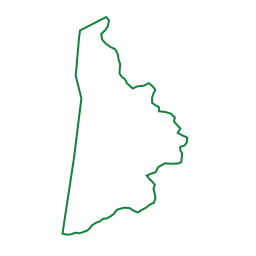 Conceição do Jacuípe, Bahia, Brazil, rotated 93°
{"feature_id": "56859067B72912801281575", "entity_name": "Conceição do Jacuípe", "entity_type": "district", "adm_level": 2, "iso_a3": "BRA", "parent_name": "Brazil", "parent_adm1": "Bahia", "projection": "robinson", "projection_center": [-38.743, -12.327], "detail": "fine", "context": "isolated", "style": "outline", "palette": "green", "viewbox_px": 256, "rotation_deg": 93, "n_neighbors": 0, "source": "geoboundaries", "source_scale": "gbopen_adm2", "svg_char_len": 1291}
<svg xmlns="http://www.w3.org/2000/svg" viewBox="0 0 256 256"><g transform="rotate(93 128 128)"><path d="M237.0,187.7L237.7,183.2L237.2,179.1L235.3,175.4L235.7,171.1L234.2,167.1L232.4,163.2L229.8,160.7L226.9,158.7L224.2,154.8L222.6,150.9L220.1,148.5L219.4,144.4L217.2,140.9L214.7,137.8L210.2,134.8L207.8,127.8L207.9,122.1L210.1,118.6L211.9,113.9L209.2,110.2L206.8,106.1L203.4,102.2L201.4,98.3L196.4,96.9L191.9,98.0L187.2,99.4L183.3,98.2L180.3,101.0L177.9,103.9L174.5,106.8L172.1,101.8L170.8,98.2L165.4,95.7L161.4,89.4L161.4,82.5L160.9,76.3L159.3,73.0L154.7,72.8L150.5,72.6L147.8,74.5L144.2,74.9L142.4,70.5L138.7,68.3L134.4,68.5L132.7,73.0L130.3,78.1L125.7,75.7L122.5,79.0L119.1,82.4L115.0,81.8L111.4,86.1L110.0,91.8L109.7,97.8L105.5,98.3L103.9,101.7L101.7,105.2L97.1,105.6L92.6,104.5L88.5,102.7L85.6,105.1L82.1,109.6L84.9,114.3L86.0,121.0L88.3,125.4L86.0,128.2L83.3,131.5L79.5,133.5L77.3,136.8L74.1,139.3L69.5,139.3L64.8,139.1L60.3,140.9L55.4,141.9L50.1,144.8L48.0,149.7L45.0,154.6L41.0,158.5L35.5,159.7L31.5,155.8L27.3,153.4L21.5,152.6L18.3,155.6L33.1,181.0L40.1,181.6L51.9,182.0L56.8,182.2L61.0,182.4L70.7,182.6L74.3,182.9L78.3,183.0L100.9,176.1L112.2,176.9L137.3,178.7L155.5,180.0L162.1,180.5L182.4,182.5L233.7,187.6L237.0,187.7Z" fill="none" stroke="#15803d" stroke-width="2"/></g></svg>